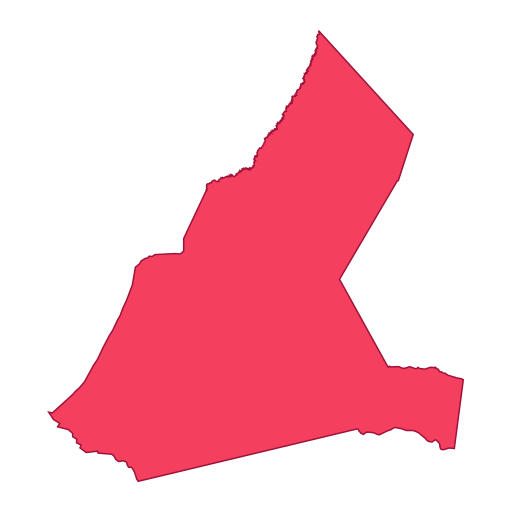 outline of Sesheke, Western, Zambia
{"feature_id": "96606910B16407097160512", "entity_name": "Sesheke", "entity_type": "district", "adm_level": 2, "iso_a3": "ZMB", "parent_name": "Zambia", "parent_adm1": "Western", "projection": "natural_earth1", "projection_center": [23.989, -16.932], "detail": "fine", "context": "isolated", "style": "filled", "palette": "rose", "viewbox_px": 512, "rotation_deg": 0, "n_neighbors": 0, "source": "geoboundaries", "source_scale": "gbopen_adm2", "svg_char_len": 5961}
<svg xmlns="http://www.w3.org/2000/svg" viewBox="0 0 512 512"><path d="M318.6,30.7L319.4,34.0L317.6,34.7L317.6,35.9L316.8,36.5L317.8,38.2L317.2,38.8L316.9,41.1L316.2,41.5L316.4,44.1L317.5,45.5L317.1,46.7L317.3,47.8L317.0,47.6L316.3,48.4L316.5,48.9L315.8,49.4L315.9,49.8L316.3,49.6L316.3,51.2L315.7,51.8L315.8,52.2L315.4,51.8L315.6,52.8L314.9,53.5L315.2,53.9L314.8,53.9L314.0,54.9L314.7,55.1L314.2,55.4L314.2,56.0L313.5,55.6L313.4,56.0L313.0,55.7L313.0,56.3L312.1,56.3L312.4,57.9L311.9,58.2L312.5,58.4L312.2,59.2L312.6,58.7L312.7,59.3L311.7,59.7L311.8,60.4L311.3,60.3L310.7,61.2L310.7,61.5L311.4,61.4L311.1,61.9L311.4,62.5L311.1,63.3L310.5,63.5L310.7,63.8L310.7,64.1L310.3,63.7L310.5,64.2L310.3,64.8L310.6,65.0L309.8,65.2L309.8,66.4L308.6,67.1L308.7,68.1L308.0,68.1L307.3,69.1L307.6,69.9L307.0,70.0L307.4,70.6L307.0,70.7L307.6,71.2L307.1,71.3L306.8,71.8L307.1,71.9L306.3,72.7L306.7,72.6L306.8,73.0L306.5,72.8L305.9,73.4L305.5,72.9L305.1,74.0L304.7,73.9L305.0,74.4L304.0,75.9L304.3,76.6L303.8,77.0L304.0,77.6L303.6,77.6L302.8,78.5L303.1,78.8L302.8,79.1L303.5,78.9L304.3,79.6L304.0,80.4L304.3,80.5L304.2,81.7L304.7,82.0L304.0,82.4L304.0,82.9L303.5,82.9L303.3,84.0L302.0,84.1L302.0,83.6L301.4,84.3L301.0,84.1L300.7,85.2L301.0,85.6L300.3,86.7L300.6,87.3L300.3,88.0L300.0,87.8L299.9,88.8L297.4,90.0L297.1,90.4L297.5,90.8L296.7,91.7L296.5,92.1L296.7,92.3L295.8,93.2L296.3,93.8L295.9,94.9L296.2,95.2L295.7,95.2L295.5,95.9L295.2,95.6L295.3,96.1L294.8,95.9L294.8,96.2L293.9,96.5L293.0,96.1L292.8,96.8L292.7,96.6L292.4,96.6L292.7,97.0L292.1,97.6L292.5,98.3L292.0,99.0L292.3,99.6L291.6,99.9L291.7,100.9L292.3,100.9L291.8,101.6L292.1,101.7L291.7,102.3L291.9,102.9L291.5,102.8L291.7,103.5L291.1,103.6L290.7,103.1L290.8,103.9L290.5,103.3L290.4,103.7L290.0,103.5L289.1,104.1L289.1,105.1L288.3,105.6L288.5,105.9L287.8,106.9L287.3,106.8L287.4,107.2L287.1,106.8L286.9,107.2L286.6,106.8L286.6,107.6L286.3,107.4L286.2,108.1L286.5,108.1L285.9,108.4L286.4,111.1L286.1,111.3L285.9,110.8L285.3,111.6L285.1,111.6L285.4,111.1L284.6,111.4L283.0,113.9L283.5,115.1L283.7,114.7L283.9,115.6L283.1,115.3L283.4,115.7L283.2,116.8L283.6,116.8L283.0,117.1L283.3,118.2L283.0,118.0L282.7,118.7L282.3,118.3L282.2,119.1L281.8,118.9L281.6,119.3L282.0,120.2L281.6,120.5L281.2,120.1L281.0,120.6L280.5,120.2L281.0,120.8L280.8,121.2L280.3,120.8L280.1,121.3L280.5,121.4L279.6,121.8L279.4,122.1L279.6,122.6L279.3,122.5L279.0,122.8L279.4,122.9L278.7,123.4L278.8,122.7L278.0,122.5L278.3,123.0L277.9,123.4L278.0,123.9L277.2,123.9L277.5,124.2L277.3,124.9L276.9,124.5L277.2,125.1L276.9,125.3L277.2,125.3L277.1,126.0L276.5,126.2L276.9,126.7L276.6,128.1L277.1,128.7L276.1,128.7L276.5,129.1L276.1,129.1L275.9,129.8L275.0,130.0L274.8,129.4L274.5,130.0L274.3,129.5L273.7,130.5L272.9,130.4L272.9,130.8L272.5,130.7L272.8,131.3L272.1,131.1L271.6,131.9L271.3,131.7L271.4,132.5L270.9,132.6L271.2,133.0L270.3,132.6L269.9,133.2L269.5,133.1L269.7,134.0L269.0,133.7L269.2,134.7L268.1,135.0L268.5,135.5L267.5,136.3L267.8,136.9L266.9,137.6L266.2,137.4L264.5,138.7L264.9,139.3L265.2,141.6L264.2,142.5L263.8,144.1L261.2,148.1L260.8,148.3L259.9,147.9L258.0,150.3L257.0,152.8L257.2,154.0L257.4,154.0L257.0,155.0L257.3,155.4L257.1,156.5L256.5,156.7L256.6,156.3L256.1,156.4L256.0,155.8L255.2,155.9L255.3,156.4L254.8,156.6L254.6,157.8L253.9,159.0L254.7,159.3L254.7,160.4L255.0,160.6L254.5,160.7L254.7,161.2L254.2,161.8L254.6,162.2L254.3,163.0L254.0,162.9L254.3,164.9L253.5,165.8L253.5,166.4L253.1,166.1L253.1,167.2L252.5,167.2L252.2,168.1L251.1,167.9L251.0,168.4L250.5,168.5L250.5,169.0L250.2,168.6L250.2,169.2L249.5,168.6L249.1,169.8L248.2,169.4L248.3,168.8L247.6,169.2L247.6,168.6L246.6,168.7L246.6,168.2L246.0,167.9L245.5,168.1L245.5,168.7L245.2,168.7L245.5,168.2L245.0,168.2L244.8,169.1L243.7,169.0L243.6,169.3L243.3,168.7L243.2,169.0L242.2,168.9L242.4,169.7L241.3,171.1L241.1,170.8L240.8,171.3L240.7,170.8L239.9,171.7L239.6,171.2L239.5,172.1L239.0,172.7L238.7,172.3L237.9,173.3L236.4,173.9L236.7,174.8L236.2,174.7L236.3,175.1L234.4,176.5L233.2,176.2L232.4,175.1L231.7,174.7L231.3,174.9L231.2,175.5L230.9,175.0L230.8,175.4L230.5,175.1L229.9,175.5L230.1,176.5L229.7,176.0L229.8,176.7L228.5,176.2L228.2,176.8L227.4,176.3L227.1,176.8L226.5,176.5L223.0,178.2L222.5,177.6L222.2,178.0L221.1,177.6L221.0,178.2L218.9,179.9L218.7,181.6L217.8,181.2L216.5,181.6L214.7,180.1L213.7,180.3L212.1,181.2L211.4,182.8L209.7,182.9L209.2,183.8L207.4,183.9L206.6,184.9L206.5,185.7L207.0,186.3L206.5,187.5L207.1,188.9L206.3,189.6L206.9,190.2L206.5,190.9L206.3,190.5L183.7,238.5L183.7,250.9L182.0,252.7L179.7,254.0L174.9,253.6L155.0,254.6L152.1,256.5L149.3,256.2L147.3,258.1L145.2,258.4L141.1,261.0L139.4,264.0L135.4,267.2L132.4,284.9L126.6,300.2L123.1,307.6L120.0,315.8L117.8,319.5L112.5,330.7L109.5,335.3L103.0,347.7L97.7,359.0L93.4,365.5L84.7,381.5L79.7,387.5L75.7,391.1L72.8,394.4L52.4,412.9L48.7,412.2L53.6,419.6L59.7,423.4L57.6,426.8L68.3,429.6L72.6,433.3L72.7,436.7L76.8,439.3L76.5,442.8L81.0,445.0L80.0,447.9L86.2,452.5L97.4,451.2L98.1,453.1L111.6,454.2L113.8,455.8L115.7,459.3L118.1,461.2L119.3,461.5L122.7,460.8L125.7,461.6L126.7,462.6L127.2,464.8L128.6,467.2L131.5,467.3L132.6,468.7L134.5,472.2L136.8,479.2L138.2,481.3L357.2,428.9L358.1,429.1L358.8,430.7L361.0,433.3L363.6,434.4L366.0,432.3L369.1,432.2L373.9,432.8L377.3,434.4L379.4,434.8L386.8,431.1L390.7,429.8L393.5,428.0L395.4,427.5L401.1,428.6L406.5,430.5L412.7,430.5L415.0,431.1L418.7,432.8L425.3,438.4L427.1,440.5L428.9,441.5L432.1,442.0L434.8,440.1L436.2,439.9L439.5,443.6L440.2,447.9L440.6,448.8L441.9,449.6L444.2,449.6L449.0,448.0L454.3,448.5L463.3,379.8L461.3,378.7L457.0,378.0L447.6,375.1L445.2,373.2L443.3,373.2L441.4,371.8L439.7,371.8L438.3,369.2L437.4,369.1L435.3,367.3L435.2,367.9L432.1,367.3L430.1,367.4L424.9,369.1L419.9,368.6L417.9,367.4L417.3,368.2L415.8,368.8L409.8,366.7L404.2,368.4L401.8,368.0L399.1,366.7L397.8,366.6L390.9,367.0L389.4,366.2L388.0,367.1L339.5,279.3L397.2,181.0L398.3,180.7L413.2,134.5L318.6,30.7Z" fill="#f43f5e" stroke="#9f1239" stroke-width="1.5"/></svg>